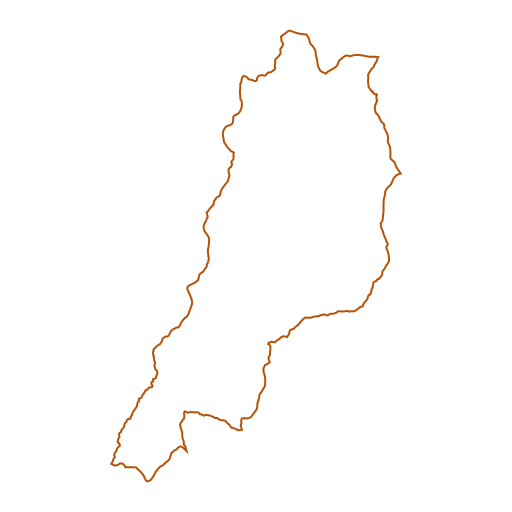 the district of Guaca, Santander, Colombia
{"feature_id": "7082276B96447826186422", "entity_name": "Guaca", "entity_type": "district", "adm_level": 2, "iso_a3": "COL", "parent_name": "Colombia", "parent_adm1": "Santander", "projection": "robinson", "projection_center": [-72.874, 6.936], "detail": "fine", "context": "isolated", "style": "outline", "palette": "amber", "viewbox_px": 512, "rotation_deg": 0, "n_neighbors": 0, "source": "geoboundaries", "source_scale": "gbopen_adm2", "svg_char_len": 6035}
<svg xmlns="http://www.w3.org/2000/svg" viewBox="0 0 512 512"><path d="M186.6,451.1L185.3,446.3L183.9,444.7L183.7,444.0L183.9,442.8L183.6,441.0L182.3,437.1L182.2,432.6L180.6,427.4L180.0,424.6L180.7,422.7L182.2,421.1L182.6,419.8L183.3,419.5L184.1,418.3L184.3,414.4L184.0,413.0L184.6,411.5L185.2,411.5L186.9,412.4L188.7,412.7L190.5,411.8L191.9,412.3L193.2,412.0L194.6,412.5L197.3,412.2L198.6,412.7L199.6,414.1L201.2,414.3L203.7,415.7L205.5,415.0L206.9,414.9L208.1,415.4L209.0,415.2L213.7,417.1L214.1,417.6L214.8,417.7L215.3,418.1L217.0,418.0L219.4,419.6L222.2,420.4L223.4,420.2L225.7,421.1L227.5,423.4L229.4,424.6L230.9,427.2L231.3,427.6L234.5,428.4L238.4,430.3L241.9,429.9L240.7,425.4L241.5,422.9L241.1,421.1L241.7,418.6L244.8,418.0L245.7,418.4L247.4,418.4L250.8,417.2L255.2,411.5L257.0,408.5L257.4,405.9L257.3,403.8L258.8,399.1L259.7,394.1L260.8,393.0L265.1,385.7L265.2,378.8L264.6,375.2L263.5,371.6L263.5,368.6L264.3,366.4L265.3,364.9L267.4,364.0L269.7,362.3L268.6,358.6L268.6,356.9L269.7,355.5L269.9,354.4L270.5,346.6L269.5,344.8L268.2,344.2L268.7,342.6L270.1,342.6L271.3,341.6L274.9,342.4L276.0,341.1L279.5,338.8L280.9,337.4L283.0,336.3L285.1,336.4L287.0,337.1L289.1,334.0L289.8,330.4L290.9,329.6L292.8,329.2L294.1,328.4L295.6,326.8L298.9,324.3L299.4,323.4L302.6,319.7L305.0,317.6L310.0,317.8L314.8,316.5L319.1,316.1L320.8,315.0L322.9,314.9L324.0,314.4L325.0,314.4L326.8,315.5L327.6,315.4L330.4,313.7L332.0,313.9L335.8,313.0L338.0,311.3L342.8,311.5L347.9,310.9L348.3,311.5L354.4,311.2L355.1,310.6L356.0,310.4L360.5,306.8L362.4,306.5L364.2,302.8L367.1,299.5L368.3,295.8L369.0,294.8L370.3,294.6L371.4,291.1L371.5,289.5L372.6,287.4L373.3,282.8L374.5,281.7L376.7,280.7L377.0,279.7L377.5,279.4L379.0,278.9L379.2,278.2L380.4,277.4L381.3,275.7L381.9,275.1L382.3,274.0L382.4,271.5L384.7,268.5L385.9,265.9L387.8,263.5L388.8,261.5L389.1,259.9L388.6,254.4L387.6,250.9L386.3,248.0L386.4,246.7L387.8,244.7L387.7,243.7L387.0,242.2L386.1,241.2L386.1,240.2L383.6,234.4L382.9,231.4L381.3,227.8L380.6,223.5L382.5,220.6L382.6,219.9L383.5,211.5L383.5,203.8L383.8,198.9L384.8,195.8L385.3,191.4L387.2,188.1L391.0,184.4L393.9,177.8L396.8,174.9L400.7,173.6L396.4,167.3L394.4,162.0L391.9,159.9L390.4,158.2L390.4,149.5L389.6,145.8L388.6,144.0L387.8,141.7L388.1,137.3L387.6,134.6L384.3,127.8L384.1,124.6L383.6,123.8L381.3,121.6L380.0,119.4L379.2,117.1L377.3,114.2L376.0,113.2L375.4,111.9L374.8,107.1L375.5,104.2L376.1,103.7L376.3,102.2L377.1,101.2L377.1,100.3L376.6,99.4L376.3,97.4L376.9,94.6L376.5,94.2L375.7,94.6L374.6,94.1L373.8,93.0L372.7,92.6L372.5,91.3L371.5,91.2L368.6,86.9L368.0,81.5L368.3,77.3L368.1,74.5L371.4,69.1L373.8,66.7L374.7,64.3L376.6,61.4L377.3,58.7L378.2,57.1L374.6,56.7L374.1,56.9L372.5,56.7L369.4,56.8L362.2,55.4L357.5,54.9L354.4,55.0L350.4,56.2L346.4,55.4L344.0,56.6L339.6,60.2L338.9,61.1L337.4,65.1L336.1,66.6L334.1,68.1L328.0,71.6L325.7,73.7L320.7,71.2L319.5,69.4L318.0,66.3L316.9,59.2L315.8,54.9L315.6,51.6L314.8,49.3L312.7,46.1L310.4,43.9L308.4,37.4L306.4,34.5L300.9,33.9L296.7,33.1L290.0,30.7L288.5,30.9L281.0,36.5L281.6,41.3L283.1,43.8L282.8,45.2L282.4,46.4L280.7,48.4L280.2,49.7L280.5,50.8L280.5,53.3L280.1,54.3L277.7,57.3L275.7,59.1L275.1,60.3L275.2,63.8L274.8,66.7L275.2,67.9L274.6,69.5L270.8,72.3L267.9,72.6L265.6,75.3L264.3,75.7L262.8,75.2L261.2,75.2L258.8,75.7L257.2,77.9L256.7,80.4L255.5,81.1L254.3,80.9L252.3,80.0L248.6,79.3L247.4,77.6L245.6,76.5L243.5,75.9L242.6,76.8L241.8,78.6L241.2,82.6L240.3,83.6L240.3,87.3L239.9,90.7L240.4,99.0L241.8,101.6L241.9,104.6L241.5,107.9L240.4,110.7L239.0,112.8L237.2,114.3L234.4,115.5L233.2,117.3L233.1,121.5L232.5,123.3L230.9,124.7L226.4,126.3L224.9,128.0L223.4,130.5L222.8,134.2L224.0,142.0L227.2,147.0L230.6,150.7L232.1,151.7L233.5,152.2L233.9,152.8L233.4,154.8L233.6,157.1L233.3,159.4L231.5,161.5L231.4,162.6L232.1,164.4L231.0,166.9L229.4,168.1L228.5,169.8L228.5,171.5L229.5,175.3L228.4,179.4L227.4,181.8L223.5,186.6L221.1,190.4L219.8,195.7L216.7,197.5L214.1,201.0L213.6,203.3L213.6,204.7L211.3,206.9L209.4,209.1L208.6,210.5L206.7,212.4L207.7,217.1L206.7,218.7L206.1,220.9L205.0,222.5L203.8,225.3L203.5,226.9L204.5,231.2L207.6,235.3L209.1,238.4L209.1,241.2L208.6,246.9L207.9,249.4L207.9,252.1L208.8,258.8L208.2,261.8L206.8,264.7L206.8,266.2L203.3,271.5L200.5,273.5L199.3,274.8L198.2,279.8L197.7,280.5L194.3,283.0L189.4,285.3L187.3,287.4L187.3,288.7L187.8,290.4L190.1,295.3L191.9,300.3L192.1,303.8L188.2,314.7L186.8,316.7L184.9,317.9L182.8,320.2L180.9,323.0L179.1,326.8L178.2,327.4L176.2,327.5L175.2,328.4L172.4,329.7L171.1,331.0L168.6,335.7L167.4,336.5L164.8,336.8L162.4,339.0L161.8,341.6L160.2,343.9L156.5,346.3L155.9,347.2L153.7,349.2L153.4,349.9L153.5,351.5L153.0,352.1L152.9,353.1L153.2,355.2L154.0,356.2L153.6,357.7L154.2,359.1L154.1,360.2L155.2,363.0L154.4,364.9L154.7,365.8L154.7,367.4L155.3,369.0L156.8,370.5L157.4,372.3L157.2,373.6L156.0,376.8L156.0,377.6L155.3,378.4L154.0,379.0L153.3,378.9L153.0,379.4L153.2,381.5L152.3,381.6L151.3,382.6L151.5,384.2L152.5,385.5L152.3,386.9L150.9,387.4L149.5,387.3L147.9,388.7L147.0,389.9L145.6,390.3L145.6,390.9L145.1,391.2L143.6,393.9L142.5,394.7L142.2,396.4L140.7,398.2L139.1,398.5L138.9,398.9L139.2,401.1L138.1,401.8L137.7,402.7L137.2,404.4L136.9,406.4L132.5,412.8L132.1,415.0L131.1,416.3L130.3,418.6L129.7,419.0L128.6,418.8L126.9,420.1L126.4,422.0L125.5,422.5L124.4,424.3L124.2,426.6L121.3,430.4L120.6,432.5L119.6,432.8L118.9,435.2L119.5,437.1L118.1,439.2L117.6,441.8L117.8,442.4L118.8,442.7L119.0,443.9L119.9,444.7L119.7,445.9L117.3,448.1L116.4,451.0L115.1,452.4L114.1,455.4L114.8,456.8L114.8,457.5L114.1,458.0L113.1,459.7L113.0,461.0L111.3,463.8L112.1,464.4L115.3,465.6L118.0,464.8L120.0,463.4L121.2,463.7L122.4,463.4L123.9,464.7L125.6,467.4L126.3,467.0L129.0,467.4L131.1,467.0L132.5,467.4L136.0,467.3L138.4,469.9L140.3,471.4L142.3,474.0L143.0,474.4L146.0,480.6L146.7,481.1L148.0,481.3L150.7,480.0L152.9,477.1L155.9,471.5L159.5,467.2L163.3,465.1L165.1,462.9L168.1,460.7L169.7,458.8L171.3,453.4L174.2,450.5L176.3,449.6L178.1,447.6L180.3,446.4L181.8,446.8L183.4,448.0L186.6,451.1Z" fill="none" stroke="#b45309" stroke-width="2"/></svg>